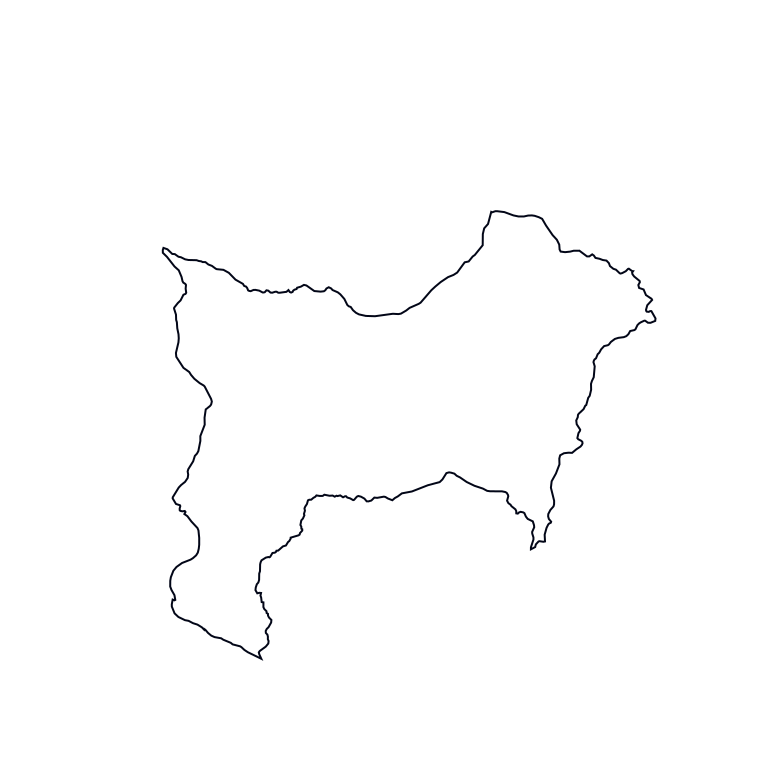 outline of Baguia, Baucau, East Timor, rotated 338°
{"feature_id": "22284137B48176451746687", "entity_name": "Baguia", "entity_type": "district", "adm_level": 2, "iso_a3": "TLS", "parent_name": "East Timor", "parent_adm1": "Baucau", "projection": "orthographic", "projection_center": [126.694, -8.606], "detail": "fine", "context": "isolated", "style": "outline", "palette": "ink", "viewbox_px": 768, "rotation_deg": 338, "n_neighbors": 0, "source": "geoboundaries", "source_scale": "gbopen_adm2", "svg_char_len": 6166}
<svg xmlns="http://www.w3.org/2000/svg" viewBox="0 0 768 768"><g transform="rotate(338 384 384)"><path d="M547.9,264.6L540.4,274.6L535.2,277.2L531.8,282.0L527.5,292.3L516.5,298.4L514.0,299.0L508.4,302.1L504.4,301.4L493.6,308.1L489.3,308.9L483.4,308.9L474.8,310.7L468.0,312.9L463.0,314.8L448.4,322.3L446.2,322.7L436.3,323.0L432.1,324.2L426.1,325.1L423.6,324.6L418.5,322.2L401.1,317.8L392.7,314.1L386.9,310.1L384.7,307.5L382.9,304.0L382.0,300.1L380.5,298.8L379.6,297.0L379.1,290.3L377.1,284.5L375.5,281.7L371.5,277.6L370.8,275.6L369.0,273.6L366.4,273.9L364.7,275.1L363.0,275.5L359.8,274.6L354.2,271.7L349.0,263.6L346.9,262.1L343.4,262.6L339.5,262.2L338.5,263.2L336.4,263.0L334.8,263.4L333.7,264.4L332.1,264.4L331.1,263.4L330.6,261.1L328.1,262.0L321.4,260.3L320.1,259.7L319.0,258.2L317.7,257.7L314.6,257.5L313.0,256.7L311.7,254.1L310.1,253.1L307.9,254.2L306.8,254.1L305.8,253.7L303.3,250.7L300.1,248.6L298.3,247.9L295.2,248.0L293.9,247.2L293.1,246.3L293.1,243.7L292.6,242.0L291.1,240.7L290.7,238.3L285.4,231.6L281.8,222.8L277.9,218.0L272.0,214.9L271.2,214.1L268.7,210.0L265.9,207.4L264.1,204.1L261.5,203.0L260.5,201.8L258.4,200.6L256.6,199.0L249.2,195.8L246.3,193.9L243.2,190.4L241.1,189.0L238.7,185.2L236.4,184.1L233.7,178.0L230.5,175.2L229.1,176.9L228.1,179.5L230.4,184.8L233.8,196.6L236.3,201.7L236.4,208.9L235.7,213.2L235.9,214.8L237.3,216.8L237.5,218.0L235.8,221.3L234.8,225.3L233.7,226.1L231.5,226.1L226.7,230.3L223.2,231.7L218.1,234.6L217.6,235.4L217.1,241.8L215.3,246.7L215.1,249.1L213.2,254.9L212.1,260.9L210.8,264.8L209.0,268.4L202.7,277.3L201.6,281.0L204.1,293.9L207.9,299.9L208.5,303.3L210.1,308.1L213.4,314.1L216.3,317.9L216.8,319.2L218.1,333.0L217.8,335.8L216.0,338.3L214.5,339.2L209.2,340.8L205.0,348.0L202.5,354.6L194.2,363.5L192.4,368.0L186.7,376.7L184.5,378.5L181.7,379.8L178.1,384.2L170.7,389.6L169.2,391.5L168.5,394.7L166.8,397.6L162.9,400.2L158.2,401.6L154.9,403.1L145.7,409.9L145.2,410.9L146.2,417.3L149.4,420.0L149.4,420.9L147.9,422.9L147.3,424.5L147.6,425.3L149.3,426.5L151.7,427.1L152.0,428.3L150.2,429.8L152.2,432.9L153.9,439.3L157.1,447.7L157.1,450.3L155.0,457.5L152.4,463.9L150.5,467.4L148.2,470.6L145.6,472.5L141.6,473.9L138.8,474.4L129.7,474.3L123.1,475.9L118.8,478.2L114.0,483.3L112.1,486.4L109.9,491.7L109.8,495.3L110.6,501.3L109.6,506.0L108.7,506.1L107.3,504.7L104.7,508.8L103.9,510.9L103.9,518.2L106.1,523.0L111.0,528.4L114.1,530.4L117.3,534.2L120.9,537.2L124.0,541.4L125.2,544.4L125.6,543.9L126.3,545.0L127.6,548.9L129.6,552.6L132.1,555.2L137.8,558.8L139.2,560.9L145.0,566.6L146.1,568.7L152.3,573.3L153.2,574.5L154.9,578.2L157.3,581.7L167.3,592.8L167.1,587.9L167.4,585.9L168.8,585.0L176.0,583.2L179.5,581.3L180.7,579.1L180.7,577.1L181.7,574.8L182.0,572.7L181.2,570.6L181.8,568.7L183.5,567.2L185.9,566.2L190.0,562.9L191.2,560.6L189.9,557.5L189.7,555.3L190.3,553.6L189.4,552.4L189.9,550.6L188.7,547.8L188.6,545.7L190.4,541.3L188.9,540.4L190.1,536.0L190.2,533.9L191.7,531.7L190.2,530.9L188.1,530.6L187.6,527.0L188.9,524.6L191.1,522.0L193.1,521.0L194.8,518.9L197.3,513.0L198.9,511.1L201.6,504.8L202.8,503.1L204.4,501.6L209.4,500.7L212.0,501.1L212.7,501.7L213.7,501.6L217.3,498.9L219.6,499.5L221.1,499.1L221.8,498.3L223.5,498.8L229.5,496.7L232.6,497.0L235.8,494.6L237.4,494.1L239.5,492.4L239.9,491.5L248.1,492.3L249.4,492.0L250.2,490.8L253.3,489.3L253.8,488.0L253.2,487.2L253.9,485.2L253.7,483.4L256.2,479.5L258.4,478.4L261.0,475.9L261.1,474.5L263.2,471.9L263.7,469.5L265.0,468.2L267.6,466.4L269.9,463.4L271.3,463.3L273.2,464.0L275.9,463.1L278.1,462.8L279.6,462.0L282.6,463.8L285.3,464.8L287.2,464.3L291.6,467.2L294.6,468.2L296.1,470.0L298.1,469.8L298.9,470.5L301.7,470.9L303.6,473.7L305.9,473.5L306.8,473.9L307.4,475.5L309.8,477.4L311.9,480.1L312.9,480.2L316.6,478.3L318.2,478.2L320.4,479.8L322.9,482.9L324.0,486.3L325.6,487.0L328.6,487.3L332.5,485.7L335.0,487.0L341.7,488.4L343.0,489.3L344.7,491.6L348.2,494.9L351.4,493.8L354.7,493.4L359.6,492.1L369.6,494.1L386.7,494.3L398.9,495.8L402.4,494.4L408.5,490.0L411.2,490.3L412.9,491.3L415.7,493.5L417.0,496.3L419.5,499.1L424.0,505.9L429.8,512.3L436.5,518.0L439.6,521.7L442.2,523.2L453.3,527.8L456.0,529.6L457.0,530.9L457.4,533.3L457.2,534.6L454.4,538.3L454.7,541.1L456.1,543.3L456.4,545.0L458.9,549.5L459.0,551.4L458.2,553.5L459.5,554.3L460.9,553.7L462.8,553.7L465.0,555.2L465.8,556.3L465.9,560.1L466.7,562.9L470.5,567.1L470.2,571.1L469.6,573.1L465.9,576.7L465.4,578.3L465.1,582.2L464.3,584.2L459.1,590.4L458.3,592.3L463.1,591.8L464.7,589.6L468.3,587.9L469.3,588.0L472.7,590.0L474.3,590.3L476.5,583.9L480.8,578.3L483.5,575.9L484.6,575.3L486.7,575.1L487.4,574.3L486.3,570.9L486.6,568.2L487.6,566.1L491.1,563.1L495.3,561.0L496.6,559.3L498.0,556.0L499.9,542.7L503.0,537.0L509.9,531.4L516.6,524.2L518.6,518.8L520.6,516.1L524.9,515.6L529.3,516.8L532.6,518.3L537.9,516.6L542.8,515.6L544.8,514.5L545.9,513.3L546.2,511.8L545.5,510.4L543.4,508.0L543.0,506.6L545.9,502.4L548.2,500.8L548.8,499.8L547.6,493.5L548.6,489.8L551.2,487.4L552.3,485.3L553.4,484.5L559.6,482.1L562.5,479.5L563.6,479.3L568.2,473.3L570.3,472.0L573.9,466.9L576.0,461.4L577.9,459.1L581.0,456.3L586.0,446.5L586.4,442.2L587.3,441.0L588.4,440.1L590.2,439.6L593.3,436.4L595.2,435.7L598.3,433.2L602.3,431.3L606.1,431.9L607.4,431.6L610.1,430.0L614.9,428.7L618.6,429.0L623.9,430.4L626.6,430.4L629.2,429.4L632.1,427.1L636.3,427.8L637.6,427.5L641.1,424.3L643.5,423.3L645.4,423.0L649.1,422.8L649.9,423.2L651.7,426.1L654.1,427.1L659.1,427.1L660.3,424.9L659.2,416.6L658.1,416.1L656.5,416.3L654.7,415.3L654.5,414.4L654.7,413.4L657.6,409.6L664.1,406.5L664.0,405.3L660.2,399.7L660.1,393.6L656.5,390.5L656.9,387.5L659.4,385.4L659.6,384.2L656.2,378.0L655.5,375.3L655.8,373.6L657.2,372.7L656.3,372.2L654.2,368.8L653.4,368.7L650.4,370.0L646.4,370.4L644.7,370.2L644.0,369.6L641.9,364.9L639.8,363.1L637.7,359.3L637.8,356.2L636.5,352.9L633.3,351.0L630.7,348.6L627.3,346.3L626.7,343.5L625.6,341.8L622.2,342.6L620.0,341.7L615.1,333.6L609.8,331.5L606.2,331.0L601.3,329.6L597.4,327.4L597.2,325.1L598.7,320.4L598.3,315.0L596.1,309.1L593.6,297.8L592.5,290.1L590.0,287.3L586.7,284.5L584.3,283.1L580.7,281.8L576.6,281.1L571.4,279.0L567.2,276.2L560.0,269.7L553.7,266.2L552.0,265.5L548.5,265.3L547.9,264.6Z" fill="none" stroke="#020617" stroke-width="2"/></g></svg>